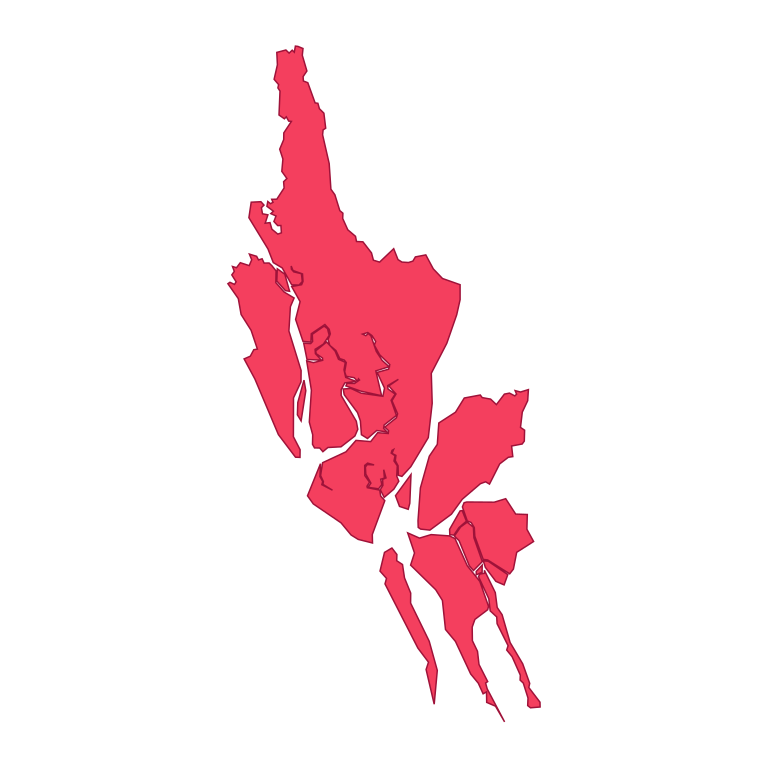 outline of Sittwe, Rakhine, Myanmar
{"feature_id": "60261553B78069071602625", "entity_name": "Sittwe", "entity_type": "district", "adm_level": 2, "iso_a3": "MMR", "parent_name": "Myanmar", "parent_adm1": "Rakhine", "projection": "robinson", "projection_center": [92.892, 20.402], "detail": "fine", "context": "isolated", "style": "filled", "palette": "rose", "viewbox_px": 768, "rotation_deg": 0, "n_neighbors": 0, "source": "geoboundaries", "source_scale": "gbopen_adm2", "svg_char_len": 6129}
<svg xmlns="http://www.w3.org/2000/svg" viewBox="0 0 768 768"><path d="M251.2,202.2L248.9,217.7L268.0,249.0L273.3,262.6L282.2,267.9L291.7,284.8L299.0,285.1L302.3,281.5L301.4,273.7L293.8,271.9L291.4,269.2L291.2,266.0L293.0,270.5L302.5,273.9L303.0,281.4L301.6,284.7L291.7,286.6L300.1,301.6L295.6,319.4L303.0,341.4L310.9,342.0L311.3,333.7L324.9,324.5L329.2,329.3L330.3,333.9L328.0,339.5L329.8,345.4L335.9,350.5L339.8,358.6L344.2,360.0L346.3,362.6L344.7,371.8L346.2,376.3L354.2,377.7L357.4,381.1L358.5,378.8L359.5,380.0L354.5,383.5L347.1,383.3L345.9,385.9L360.8,391.1L381.6,395.7L375.8,370.9L389.1,366.7L382.2,360.5L376.3,351.5L371.0,336.0L368.4,333.5L365.8,335.7L362.5,334.1L367.8,332.5L372.0,335.6L375.7,341.4L374.3,345.1L379.7,354.8L389.8,364.6L388.6,369.2L377.2,372.4L384.5,388.1L382.9,396.3L361.1,393.2L350.8,388.4L343.2,389.0L344.2,394.7L357.5,412.6L360.4,420.9L361.4,434.7L367.5,438.5L376.7,430.5L387.0,431.9L383.6,428.3L384.1,425.0L396.4,415.4L391.1,400.3L395.2,394.1L388.0,389.0L387.7,385.6L398.4,379.3L388.8,385.9L396.0,394.0L392.0,400.7L397.6,413.8L396.4,417.8L384.8,427.1L388.6,430.7L388.3,433.5L377.7,432.7L370.7,441.6L356.0,440.4L346.0,451.8L322.6,462.7L320.6,475.5L323.4,481.6L323.0,484.4L332.5,490.2L321.8,484.7L322.7,481.5L319.9,476.5L320.5,463.7L307.5,495.8L313.3,503.9L341.0,522.8L351.1,535.0L358.2,539.4L372.5,543.0L372.3,534.5L384.8,500.7L380.7,496.1L379.7,490.1L367.3,487.7L367.0,486.2L369.5,482.2L364.8,475.6L364.7,465.4L367.6,463.1L374.1,464.9L367.2,464.6L365.4,467.1L365.8,474.1L370.9,483.1L368.1,487.3L378.6,488.8L381.8,484.5L380.7,479.2L384.4,478.1L383.7,469.7L386.0,477.9L382.6,479.4L382.9,485.4L380.3,489.7L384.2,497.4L393.8,489.2L398.8,481.2L396.7,476.0L397.3,465.8L394.0,461.0L395.0,455.7L391.2,453.1L392.0,450.4L393.6,449.5L392.0,453.4L395.9,455.4L395.3,460.6L398.1,465.8L398.3,475.3L401.9,476.4L410.8,466.7L428.3,437.6L432.2,403.3L431.3,373.3L446.8,343.3L456.7,314.8L460.1,299.7L460.1,284.7L442.5,278.5L433.3,268.9L425.8,254.9L415.4,256.9L412.9,261.1L408.5,262.5L402.0,262.1L398.0,259.6L393.7,248.7L379.6,262.1L373.4,260.2L371.5,252.9L362.9,241.8L356.5,241.5L355.5,236.3L347.8,229.8L342.7,218.5L342.9,213.2L339.8,210.6L334.9,194.8L330.9,189.2L329.2,163.6L322.6,134.8L323.1,129.9L325.7,128.2L323.9,113.2L319.4,108.7L317.9,103.3L315.1,102.9L307.8,82.7L303.4,81.0L303.1,76.6L306.9,71.0L302.3,55.3L303.0,48.5L297.9,46.4L295.4,46.1L294.3,52.2L292.2,50.2L289.1,53.1L285.9,50.0L276.8,52.4L277.4,64.8L274.1,79.3L278.6,84.6L277.9,87.9L280.0,91.1L279.0,115.0L284.4,118.8L286.3,116.8L288.7,121.1L291.4,121.4L283.8,132.9L283.7,139.6L279.7,149.2L282.9,159.0L281.8,171.4L286.9,178.5L283.6,181.7L284.1,188.0L276.8,199.2L271.7,199.3L273.0,202.3L270.5,203.7L267.8,201.5L266.9,206.3L273.4,211.2L270.8,213.6L276.0,216.0L273.9,221.5L277.7,225.6L280.9,225.5L281.4,232.8L277.8,234.1L271.9,229.2L270.0,222.6L265.2,223.2L267.9,214.8L262.5,213.8L261.4,207.7L264.0,205.1L260.9,201.7L251.2,202.2ZM480.3,395.0L464.3,398.0L455.5,412.2L438.8,423.0L437.3,444.4L429.3,456.2L420.4,487.9L418.0,520.7L418.2,527.4L420.6,529.1L429.9,530.1L451.4,514.2L462.3,499.2L480.4,483.7L485.6,481.8L489.5,484.1L499.7,463.9L508.3,457.3L512.8,456.6L511.6,446.0L522.2,444.0L524.3,441.1L524.6,430.2L520.5,427.4L522.3,412.1L527.7,400.7L528.4,389.6L520.5,392.0L515.1,390.6L516.6,394.2L514.8,395.9L509.5,393.1L504.4,394.1L496.4,404.6L490.6,399.1L482.2,397.6L480.3,395.0ZM251.1,330.3L257.4,349.1L253.8,349.7L250.3,356.2L244.1,358.9L254.9,379.0L278.4,434.6L295.5,457.2L300.0,457.4L300.1,449.7L293.4,436.7L293.5,397.9L301.0,381.8L301.1,370.5L288.9,331.0L290.4,306.7L294.1,298.0L284.2,292.1L275.8,282.6L276.1,271.0L271.9,265.7L269.1,263.0L264.1,263.1L262.1,258.8L258.5,259.9L256.6,256.3L249.4,254.1L251.7,259.8L249.2,265.6L240.3,262.7L236.5,267.7L232.5,266.5L234.3,271.4L231.8,274.9L236.1,281.8L234.5,284.4L229.9,282.3L227.9,283.7L238.3,298.6L241.1,314.5L251.1,330.3ZM419.5,538.1L407.7,532.9L414.5,553.0L410.6,565.1L435.7,589.7L442.4,600.4L445.5,629.5L455.5,641.5L470.7,674.0L478.3,683.2L483.1,693.8L486.5,691.9L486.7,702.4L495.5,706.2L504.6,721.9L487.2,688.9L485.6,683.0L487.7,681.6L479.0,664.5L477.5,651.3L472.4,640.7L472.2,627.1L474.9,619.4L487.7,609.7L488.5,606.3L479.8,581.4L467.3,565.8L455.0,538.6L449.4,535.9L431.1,534.6L419.5,538.1ZM345.3,362.3L338.5,359.3L335.1,351.1L326.6,342.0L315.7,350.9L316.2,353.7L322.5,358.0L322.7,360.3L313.5,362.6L306.7,361.0L311.4,390.3L309.3,422.1L312.7,434.8L312.5,444.3L314.5,447.9L319.7,448.0L322.9,451.7L327.9,447.5L341.0,446.8L354.9,436.0L357.8,429.3L356.3,421.2L341.2,395.5L341.2,389.5L344.8,382.9L356.0,381.4L345.7,377.4L344.0,369.8L345.3,362.3ZM515.7,514.1L505.7,498.7L494.2,502.2L466.8,502.0L464.1,502.7L462.4,506.9L467.3,521.0L471.2,522.5L474.3,527.6L474.8,536.2L483.2,559.4L487.6,559.9L509.7,573.8L513.4,569.1L516.7,552.3L533.6,541.5L526.9,529.3L527.3,514.5L515.7,514.1ZM391.9,548.0L384.5,552.4L380.0,571.1L386.5,578.4L385.0,583.9L417.9,648.1L428.5,662.2L426.1,669.5L434.2,704.2L437.3,670.4L429.2,641.2L410.6,603.1L410.7,593.1L404.5,577.9L402.5,564.5L396.7,560.7L396.9,554.5L391.9,548.0ZM495.3,592.6L484.4,570.3L484.5,573.3L479.9,574.0L478.5,576.6L488.8,598.7L490.2,610.9L496.7,616.9L497.1,623.7L508.1,645.7L506.7,650.0L512.1,656.7L520.3,675.1L520.1,680.1L523.3,683.1L528.0,698.0L527.7,705.6L530.5,707.8L540.1,707.0L540.0,702.2L528.8,687.5L529.7,683.4L522.7,663.8L510.1,642.5L502.1,614.7L497.2,607.5L495.3,592.6ZM473.5,570.5L482.3,561.6L473.9,537.7L473.4,527.2L467.2,522.2L460.6,527.0L454.4,536.0L459.1,540.7L469.3,565.7L473.5,570.5ZM323.4,344.1L329.2,335.4L327.5,328.7L324.1,326.1L312.3,334.3L312.6,341.5L310.7,343.6L303.7,343.2L307.0,359.5L321.4,360.1L315.4,353.7L315.1,349.3L323.4,344.1ZM408.2,509.3L409.8,503.3L411.0,474.5L395.5,495.7L399.5,506.4L408.2,509.3ZM504.1,584.9L507.8,574.6L488.3,561.3L483.3,560.8L485.3,567.3L495.9,581.4L504.1,584.9ZM301.1,420.9L305.8,390.7L304.0,380.1L297.8,402.5L297.4,414.8L301.1,420.9ZM453.9,535.1L458.9,527.6L466.4,521.2L462.2,510.6L460.1,510.9L449.6,529.3L449.8,534.6L453.9,535.1ZM289.6,291.3L284.8,274.2L277.3,268.8L276.8,281.0L285.4,290.6L289.6,291.3ZM476.3,574.8L482.1,572.2L482.2,565.1L476.2,571.5L476.3,574.8Z" fill="#f43f5e" stroke="#9f1239" stroke-width="1.5"/></svg>